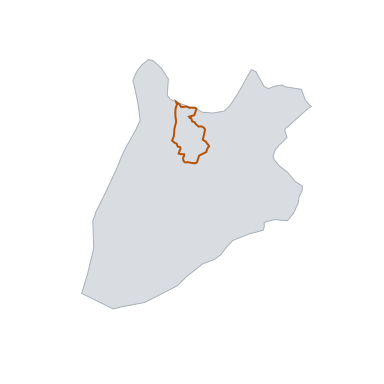 Kayanza highlighted on a map of Burundi, rotated 25°
{"feature_id": "BDI-2640", "entity_name": "Kayanza", "entity_type": "Province", "adm_level": 1, "iso_a3": "BDI", "parent_name": "Burundi", "parent_adm1": "", "projection": "natural_earth1", "projection_center": [29.667, -2.994], "detail": "fine", "context": "in_parent", "style": "outline", "palette": "amber", "viewbox_px": 384, "rotation_deg": 25, "n_neighbors": 0, "source": "natural_earth", "source_scale": "10m", "svg_char_len": 1901}
<svg xmlns="http://www.w3.org/2000/svg" viewBox="0 0 384 384"><g transform="rotate(25 192 192)"><path d="M264.0,64.0L261.8,67.4L251.5,91.7L249.5,95.4L250.6,97.6L255.0,102.2L252.4,109.9L251.4,112.0L249.5,119.1L250.5,125.7L253.0,128.1L259.7,131.3L269.7,133.6L281.5,139.0L289.5,140.0L291.3,144.0L291.0,151.0L292.9,157.1L293.0,168.1L290.6,177.7L278.4,182.2L272.1,187.2L270.4,189.6L272.0,192.5L272.8,196.4L261.3,206.0L249.5,218.6L246.7,227.0L244.4,237.0L240.9,243.4L232.0,252.6L222.8,271.1L218.3,283.2L195.9,312.0L175.9,326.4L170.1,331.3L134.8,330.5L132.1,311.0L126.7,284.5L114.5,260.5L113.3,250.4L113.8,231.1L113.9,203.9L113.1,189.2L113.3,178.6L114.8,160.0L114.7,149.0L106.7,136.2L96.7,122.6L91.3,115.9L91.0,110.6L91.1,105.6L92.7,98.4L96.5,90.3L100.9,89.4L111.6,92.6L122.8,99.5L128.7,114.9L133.3,117.1L141.5,117.1L162.6,115.0L167.9,115.3L177.5,111.6L187.0,105.1L189.7,98.4L192.0,83.3L194.0,56.1L198.8,55.8L212.1,65.5L215.0,66.1L217.8,65.8L222.4,61.0L228.1,57.1L232.3,57.2L247.7,52.7L256.0,60.9L261.2,63.4L264.0,64.0Z" fill="#d9dde1" stroke="#a8b0b8" stroke-width="1"/><path d="M159.0,114.4L159.8,114.4L161.0,114.9L161.0,115.7L161.6,121.5L157.4,125.0L158.8,125.8L160.0,125.4L162.4,128.0L163.8,127.7L165.1,127.7L166.3,128.7L170.4,129.9L172.7,128.6L174.9,128.5L177.3,129.7L178.5,134.1L179.6,140.0L183.6,140.6L185.2,141.8L186.9,142.4L188.1,143.3L187.7,145.0L187.6,147.4L188.1,149.6L183.1,156.0L183.9,163.1L182.7,164.7L181.0,165.3L178.3,166.1L175.6,166.7L174.3,167.6L172.6,168.1L170.5,166.8L169.4,164.4L169.6,162.5L168.9,161.1L166.1,162.4L163.6,162.8L163.3,157.5L161.9,156.3L160.2,156.9L159.0,156.2L157.9,154.7L155.2,154.7L152.2,153.8L152.0,149.4L150.6,145.2L149.5,142.8L147.9,134.9L145.0,130.4L143.1,126.6L141.7,122.7L141.4,119.0L139.4,116.9L143.5,117.8L146.1,119.5L148.2,118.6L150.3,117.1L152.8,116.7L153.9,116.8L154.8,116.4L155.7,115.8L159.0,114.4Z" fill="none" stroke="#b45309" stroke-width="2"/></g></svg>